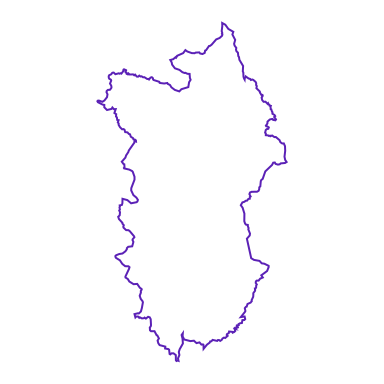 Axutla, Puebla, Mexico (Robinson projection)
{"feature_id": "50627088B68162704066779", "entity_name": "Axutla", "entity_type": "district", "adm_level": 2, "iso_a3": "MEX", "parent_name": "Mexico", "parent_adm1": "Puebla", "projection": "robinson", "projection_center": [-98.393, 18.185], "detail": "fine", "context": "isolated", "style": "outline", "palette": "violet", "viewbox_px": 384, "rotation_deg": 0, "n_neighbors": 0, "source": "geoboundaries", "source_scale": "gbopen_adm2", "svg_char_len": 5973}
<svg xmlns="http://www.w3.org/2000/svg" viewBox="0 0 384 384"><path d="M262.8,277.5L261.3,275.3L267.1,271.0L268.7,267.0L268.6,265.8L264.3,263.7L261.7,263.3L259.5,260.9L254.0,259.9L251.2,258.2L246.9,238.7L249.7,235.5L250.0,233.6L248.3,229.3L248.6,228.1L247.9,226.4L247.8,224.9L246.1,224.7L245.1,223.6L244.3,221.2L244.4,213.6L242.6,207.7L240.8,205.2L242.4,202.4L244.4,201.8L245.6,200.8L247.1,200.6L248.3,199.0L249.8,198.7L249.8,197.0L250.6,196.5L249.4,194.1L250.0,192.5L251.6,191.8L257.1,191.7L258.6,190.8L259.2,189.3L259.3,187.3L260.3,186.4L260.8,181.1L261.3,180.0L262.7,178.9L265.3,171.4L272.1,164.9L273.2,162.7L274.8,162.5L275.6,163.9L277.9,164.6L279.7,164.3L280.7,163.4L285.0,163.0L286.6,162.0L285.2,160.0L284.5,156.7L285.2,150.8L285.0,146.2L283.8,143.4L282.3,143.5L281.3,142.9L280.2,141.9L279.6,140.2L275.8,137.0L274.4,137.1L272.1,135.5L270.4,136.2L270.1,135.7L268.7,135.9L268.1,135.4L265.8,135.2L265.8,133.4L265.1,132.7L265.8,129.9L266.8,129.1L268.3,128.8L268.8,127.4L267.5,126.5L266.3,126.3L265.9,125.7L267.4,123.5L267.5,121.6L269.8,119.5L271.4,119.1L272.6,119.0L273.1,119.9L275.4,120.3L276.0,119.4L274.2,117.0L275.2,116.1L274.5,115.0L272.4,113.7L272.5,112.2L272.0,111.7L271.3,109.4L270.7,109.2L270.5,106.8L270.8,105.9L269.6,105.7L269.4,104.7L268.6,104.5L268.1,103.3L267.6,103.9L265.5,101.7L263.6,101.8L262.2,100.1L261.6,97.6L262.5,96.4L262.7,95.3L262.5,95.0L261.7,95.4L259.9,92.5L259.8,91.5L256.4,88.2L256.8,86.1L256.1,85.0L256.2,83.2L255.6,81.9L253.3,79.9L252.2,79.5L250.9,80.0L250.1,78.9L248.6,78.5L245.8,76.5L245.6,77.4L244.7,78.0L244.6,79.5L244.1,78.6L243.5,76.8L243.3,72.5L242.8,71.4L243.1,66.0L239.4,59.8L239.0,57.1L238.3,56.1L237.9,52.6L236.5,51.3L236.0,49.7L236.3,47.9L234.6,45.6L234.1,43.8L235.2,39.9L232.4,34.5L233.3,31.8L228.3,28.9L225.3,24.7L222.2,23.0L222.3,26.0L221.7,31.1L222.3,33.1L221.9,33.8L222.4,34.7L222.0,35.8L219.6,38.0L216.2,39.4L211.6,44.7L210.0,45.9L209.0,46.0L206.1,50.2L205.1,50.6L204.7,52.9L202.5,54.0L200.1,53.5L199.3,52.4L195.7,52.6L194.6,53.2L191.8,53.1L187.3,51.5L185.4,50.1L183.2,53.1L177.1,55.8L176.9,56.6L176.1,56.8L175.9,57.8L175.2,57.5L173.2,59.2L170.3,60.0L171.7,62.4L172.1,64.6L174.9,68.3L179.5,69.9L182.4,72.2L184.6,73.0L185.4,72.8L187.4,73.8L189.6,73.9L189.9,77.9L190.6,79.8L189.1,82.2L188.3,87.1L181.4,89.2L179.3,91.4L174.8,89.9L171.4,87.3L170.0,85.0L167.8,83.9L167.3,83.0L164.2,83.5L160.1,83.0L159.6,82.8L159.3,81.8L153.6,80.0L153.1,79.5L152.9,78.2L151.8,77.2L150.5,77.6L149.1,79.4L148.8,78.9L147.2,79.0L144.4,77.2L143.1,77.3L141.6,76.3L140.5,76.5L139.3,75.6L138.0,76.7L136.7,76.5L135.1,74.6L134.2,75.3L133.1,74.4L129.7,74.5L128.4,73.4L127.9,74.4L126.7,73.9L126.7,73.1L125.6,72.4L125.4,71.4L126.1,70.8L126.1,70.2L124.0,69.3L123.5,69.6L123.1,71.4L121.4,73.6L120.8,73.2L119.6,73.7L118.8,73.3L115.4,74.2L113.7,72.6L113.0,72.6L112.2,72.9L111.2,74.3L109.2,75.2L108.7,76.2L108.8,77.8L109.2,78.7L110.9,79.7L111.2,80.6L110.0,83.6L111.2,85.6L111.5,87.2L111.2,88.2L109.9,89.8L107.9,89.9L106.7,91.0L106.5,92.2L107.5,94.3L107.0,97.2L104.4,100.5L102.4,101.8L99.0,100.6L98.0,100.6L97.4,101.2L97.9,102.2L102.6,104.6L104.3,104.9L104.3,107.3L107.0,110.0L111.6,108.9L112.4,107.5L113.9,109.2L115.7,109.1L114.4,113.0L116.2,114.2L116.0,116.5L116.9,117.4L117.2,119.9L118.6,120.2L117.8,122.4L118.7,123.5L118.6,124.8L120.0,127.2L122.1,129.3L123.6,129.1L124.5,129.7L125.2,132.1L127.5,132.4L128.8,133.9L130.0,134.3L130.8,136.7L133.1,138.2L133.4,139.3L135.1,139.7L135.9,140.4L136.0,141.5L134.5,140.9L134.3,142.7L128.8,150.5L128.3,152.1L126.1,155.4L125.4,157.6L121.8,161.7L123.5,164.0L124.3,164.3L124.5,167.1L123.9,168.0L124.1,168.4L129.3,169.6L132.2,171.1L132.8,171.9L134.5,176.8L134.5,179.7L131.3,188.1L131.2,190.4L133.4,195.1L136.4,197.6L137.9,199.9L137.4,201.5L136.6,202.2L131.1,203.3L127.4,200.1L122.5,198.8L122.4,203.2L121.9,204.9L119.7,205.4L119.9,206.5L119.5,207.3L119.9,209.5L119.2,210.5L120.0,212.2L119.7,215.3L118.2,216.8L119.0,219.1L122.4,222.8L122.4,223.6L123.8,225.2L123.3,226.7L123.5,227.6L126.1,230.1L128.5,230.2L129.8,231.2L134.0,236.2L134.4,237.2L132.7,239.2L132.5,240.0L133.4,241.9L132.2,246.3L128.2,246.8L126.9,248.1L126.8,249.3L125.4,251.3L122.5,253.5L119.3,254.0L116.2,255.2L115.4,256.0L115.4,256.8L116.0,257.9L119.9,260.3L122.3,263.9L125.2,266.2L128.5,266.3L129.5,267.2L129.0,268.9L125.4,276.6L125.5,277.5L127.8,279.0L129.3,281.5L133.6,284.2L137.2,283.9L139.8,287.7L141.6,289.0L141.7,289.6L140.8,291.0L140.9,292.6L139.7,295.8L140.7,298.8L142.6,301.3L142.9,302.3L141.9,307.9L140.9,311.5L138.8,313.5L137.8,313.3L134.5,314.1L135.4,317.4L136.2,316.5L138.0,316.5L139.2,317.8L139.8,317.3L141.9,318.4L143.9,318.2L144.6,317.6L145.9,318.6L148.1,316.8L149.7,317.3L150.7,319.2L151.0,325.2L150.7,326.4L149.8,327.5L150.0,330.3L151.0,331.2L154.5,331.2L156.6,335.2L157.3,335.4L158.9,338.4L157.6,340.6L158.3,343.2L159.6,345.1L165.3,346.6L165.1,348.5L168.4,349.1L169.1,349.7L169.6,354.0L170.3,354.4L171.6,353.3L173.5,353.3L175.8,355.1L175.9,360.3L176.5,361.0L177.7,360.5L178.5,360.8L178.0,358.4L179.4,355.0L178.8,352.0L179.7,349.2L182.9,343.5L182.5,338.5L181.6,335.0L182.8,333.3L182.6,336.3L184.2,339.5L190.4,341.1L193.9,340.7L196.5,343.1L199.5,342.4L201.4,344.6L203.0,344.4L203.5,344.9L203.6,348.8L207.0,344.6L209.7,342.6L210.2,341.4L211.4,341.3L212.6,339.9L217.2,340.9L218.0,340.0L219.2,340.1L220.2,340.9L221.7,339.9L222.5,338.5L224.0,337.6L225.2,338.0L227.6,335.9L226.7,335.0L227.1,334.0L228.7,333.2L229.1,331.5L232.7,331.9L232.8,332.6L234.2,332.0L235.2,331.0L234.6,329.0L235.4,329.1L234.4,328.3L235.0,327.8L235.6,328.3L237.9,327.4L237.6,326.6L236.7,326.2L236.8,325.4L238.7,325.1L238.6,324.1L240.0,323.3L241.9,323.0L242.4,320.1L244.3,320.0L245.2,319.1L244.6,316.5L240.8,317.1L245.1,311.7L245.4,311.0L244.8,308.2L245.9,306.8L246.7,306.6L247.5,304.0L250.6,302.6L251.8,301.1L251.6,300.2L253.2,296.8L253.4,294.0L253.7,293.7L253.3,293.9L253.3,293.2L255.1,290.7L254.9,288.5L255.5,288.5L256.1,287.5L256.2,285.4L256.8,284.5L255.7,282.9L255.9,281.4L256.7,280.6L258.6,280.6L260.1,278.7L262.8,277.5Z" fill="none" stroke="#5b21b6" stroke-width="2"/></svg>